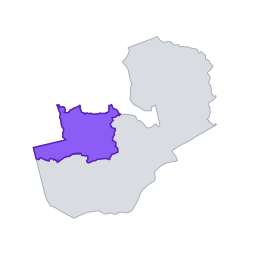 North-Western highlighted on a map of Zambia, rotated 347°
{"feature_id": "ZMB-521", "entity_name": "North-Western", "entity_type": "Province", "adm_level": 1, "iso_a3": "ZMB", "parent_name": "Zambia", "parent_adm1": "", "projection": "albers", "projection_center": [25.141, -12.794], "detail": "fine", "context": "in_parent", "style": "filled", "palette": "violet", "viewbox_px": 256, "rotation_deg": 347, "n_neighbors": 0, "source": "natural_earth", "source_scale": "10m", "svg_char_len": 9046}
<svg xmlns="http://www.w3.org/2000/svg" viewBox="0 0 256 256"><g transform="rotate(347 128 128)"><path d="M168.7,170.9L157.9,170.7L153.9,171.5L150.7,172.8L146.8,174.9L144.5,176.3L143.9,177.1L143.6,178.9L143.5,181.6L143.1,183.6L141.9,185.4L136.1,187.5L132.2,189.3L128.5,191.4L125.6,194.1L123.6,197.5L120.4,201.6L113.6,209.1L109.7,210.4L106.5,210.1L102.5,208.5L99.4,208.2L97.1,209.2L95.0,208.9L93.0,207.3L91.4,206.7L90.0,207.1L88.3,207.1L85.2,206.2L82.6,203.5L81.1,202.4L80.0,202.0L76.8,201.6L69.4,201.0L61.7,202.3L55.0,203.7L48.1,197.8L41.4,191.6L40.0,190.0L37.5,187.9L35.7,186.9L34.9,186.4L33.1,180.8L32.1,175.6L31.4,125.8L62.0,125.6L64.0,125.3L64.1,124.8L62.7,122.2L62.7,121.2L63.1,119.4L64.4,115.8L64.5,114.6L63.9,110.7L63.9,108.5L64.3,104.0L64.0,102.5L64.7,100.5L65.0,99.2L65.3,98.6L64.9,97.1L64.3,91.9L63.9,89.7L65.8,90.0L66.4,91.1L66.7,92.2L67.6,92.3L69.8,93.0L70.5,94.0L71.0,96.1L70.7,97.2L70.0,98.1L70.7,98.8L72.2,99.3L73.1,99.2L75.5,97.7L77.8,97.2L79.0,96.8L84.1,95.9L85.1,95.4L85.8,95.4L86.3,95.8L85.8,97.3L85.7,98.6L86.3,101.1L86.8,102.3L87.8,103.1L88.6,103.6L89.5,104.5L91.2,104.3L95.1,105.6L96.3,106.2L97.9,106.8L99.1,107.0L103.1,107.5L107.3,108.2L109.5,108.3L111.1,108.1L112.2,107.8L112.9,107.4L113.2,107.0L114.8,102.3L115.6,101.9L116.7,101.7L117.3,102.1L117.9,105.1L121.0,107.9L122.0,110.1L122.7,112.1L123.4,112.6L124.6,113.3L126.4,113.6L128.1,113.7L136.3,117.1L137.2,117.7L138.2,119.5L138.7,121.5L139.4,123.1L140.4,123.4L141.4,123.5L142.3,124.6L143.0,125.6L145.4,129.6L145.7,131.1L146.8,132.2L148.4,132.6L149.9,132.7L150.8,132.3L152.9,131.5L154.5,130.6L155.7,130.3L156.4,130.5L157.0,131.2L157.3,133.1L158.4,133.8L159.3,133.6L159.6,132.8L159.7,132.4L160.0,111.9L159.3,112.1L158.3,112.6L156.1,112.7L155.3,113.1L155.0,113.7L155.1,114.6L155.2,115.7L154.8,116.3L153.9,116.5L152.5,116.0L150.0,115.4L147.9,115.0L146.5,113.4L144.5,111.1L143.1,109.9L140.0,107.5L139.4,107.0L138.5,105.8L137.7,103.9L136.9,101.7L136.5,100.2L137.3,98.1L139.2,91.0L139.7,88.8L141.3,86.6L141.4,84.6L140.8,82.0L141.0,80.6L141.3,72.5L141.0,69.9L139.9,67.1L137.6,63.1L137.7,62.2L141.3,59.7L142.4,58.8L144.3,56.7L145.6,54.9L146.4,53.5L146.7,51.7L146.1,49.9L147.4,49.6L177.2,45.6L177.6,46.8L178.5,48.8L179.5,50.3L180.7,51.6L181.8,52.5L182.5,52.7L187.1,52.7L188.7,53.6L190.1,54.6L190.4,56.2L191.3,57.2L192.3,57.9L192.8,58.0L193.5,57.9L194.7,57.9L195.9,58.3L196.4,58.6L196.4,59.9L196.7,60.5L198.3,60.8L199.9,60.9L201.4,61.8L203.0,62.0L204.9,62.4L205.8,63.4L207.7,64.4L210.2,65.4L212.9,66.9L212.9,67.4L213.3,68.2L213.8,68.8L213.8,69.7L214.0,70.6L214.7,70.8L215.3,70.9L215.8,70.3L216.6,70.3L217.3,70.7L217.6,71.7L218.2,73.0L219.1,73.9L219.8,74.8L219.5,76.3L219.0,77.7L220.4,79.2L222.1,80.5L222.5,81.1L222.6,83.1L222.9,83.8L224.0,85.5L224.6,86.6L224.5,87.2L221.2,90.3L219.2,90.8L218.3,91.4L217.8,92.1L218.9,95.4L219.6,96.6L219.0,98.1L217.6,100.7L217.0,100.9L216.8,102.9L217.2,103.6L217.8,104.2L218.0,105.5L217.9,108.9L217.0,112.6L218.3,116.0L218.8,116.3L220.8,116.4L221.1,116.7L220.6,117.6L219.2,119.1L216.6,120.1L212.9,121.2L212.1,122.4L211.6,124.1L211.9,125.2L212.4,125.8L212.2,127.3L211.8,128.9L211.9,130.1L211.7,131.2L211.2,131.8L210.5,133.4L209.7,135.1L209.1,135.8L208.1,136.6L206.7,137.2L206.7,137.6L208.3,138.4L208.7,138.9L208.8,139.3L208.1,140.2L208.9,140.7L209.8,141.2L210.6,142.3L211.5,144.4L211.7,144.7L212.0,144.7L212.5,144.5L213.6,143.7L214.3,143.4L215.1,144.6L199.8,149.4L196.2,150.4L190.9,152.1L189.1,152.7L187.7,153.4L173.5,157.1L171.3,157.9L166.3,159.8L166.1,160.2L166.1,161.1L166.5,163.1L167.4,164.9L168.1,165.9L168.5,168.6L168.7,170.9Z" fill="#d9dde1" stroke="#a8b0b8" stroke-width="1"/><path d="M31.6,137.5L31.4,125.8L64.6,125.6L64.4,124.9L64.1,124.4L63.8,123.9L62.9,123.0L62.5,122.5L62.4,122.0L62.5,121.3L62.8,120.6L63.4,118.1L63.6,117.7L64.9,115.7L65.0,115.4L65.1,115.2L64.9,114.4L64.8,113.4L64.7,112.9L64.2,112.5L63.9,112.0L63.8,111.2L64.0,106.7L64.3,105.9L64.4,105.7L64.3,105.3L64.2,104.0L63.8,103.0L63.8,102.6L63.8,102.2L64.1,101.5L64.6,100.8L64.7,100.6L64.6,100.0L64.7,99.6L64.8,99.3L65.4,98.9L65.5,98.7L64.8,96.8L64.7,96.4L64.7,94.0L64.4,94.0L64.3,93.7L64.4,93.1L64.4,92.1L64.5,91.5L64.5,91.3L64.1,90.8L64.0,90.5L63.9,89.7L64.5,89.7L65.3,89.8L66.0,90.1L66.3,90.4L66.2,91.1L66.4,91.8L66.4,92.3L66.5,92.5L67.2,92.4L67.5,92.4L68.4,92.6L69.3,92.6L69.7,92.8L70.2,93.1L70.6,93.5L70.8,93.8L70.7,94.0L70.5,94.3L70.5,94.6L70.6,94.8L70.9,95.2L71.0,95.5L71.1,95.8L71.0,96.5L70.3,97.6L70.1,97.8L69.4,98.0L69.2,98.2L69.3,98.5L69.6,98.7L70.6,98.7L71.0,98.9L71.5,99.4L71.9,99.6L72.3,99.6L72.6,99.6L73.3,99.3L73.8,99.3L73.9,99.1L74.1,98.8L74.3,98.5L75.0,98.3L75.6,97.5L76.3,97.3L77.5,97.3L78.2,97.1L79.4,96.5L80.1,96.3L80.7,96.4L83.1,96.1L84.1,95.9L85.6,95.1L86.1,95.1L86.3,95.2L86.4,96.6L85.7,97.0L86.1,97.4L85.9,97.7L85.6,98.0L85.6,98.5L85.8,98.8L86.2,99.7L86.2,99.9L86.0,100.2L85.9,100.3L86.0,100.8L86.4,102.2L86.7,102.6L86.8,102.7L87.4,102.7L87.7,103.1L88.7,103.6L89.0,103.8L89.0,104.1L88.8,104.5L88.9,104.8L89.2,104.9L89.5,104.9L89.9,104.6L90.3,104.5L90.4,104.1L90.5,104.0L91.3,104.1L91.8,104.4L92.4,104.9L93.0,105.3L93.3,105.3L94.2,105.3L94.4,105.3L94.9,105.1L95.1,105.2L96.1,106.0L96.4,106.2L96.7,106.4L96.9,106.9L97.2,107.0L100.3,107.0L100.6,107.2L101.3,107.5L101.9,107.5L102.2,107.7L102.4,107.7L103.1,107.3L103.7,107.2L104.3,107.2L104.7,107.3L105.6,108.0L106.2,108.2L107.5,108.3L108.1,108.5L108.7,108.9L109.0,109.0L109.3,108.9L109.6,108.7L109.8,108.4L110.0,108.2L111.2,108.3L111.9,108.1L112.6,107.8L113.1,107.2L113.5,106.6L113.5,105.2L113.7,104.5L114.4,103.7L114.4,103.2L114.2,102.5L114.2,102.2L114.4,101.9L115.1,102.0L115.7,101.8L116.4,101.7L117.0,101.5L117.3,101.9L117.5,102.7L117.5,103.5L117.5,104.1L117.9,105.6L120.9,107.5L121.7,108.8L121.8,109.5L122.5,111.8L122.8,112.2L123.7,112.9L122.9,113.4L122.6,113.6L122.4,113.9L122.1,113.8L121.6,113.7L121.6,113.4L121.0,112.9L120.8,113.0L120.2,113.4L119.9,113.5L119.5,113.9L119.0,114.2L118.7,114.5L116.4,114.4L115.8,114.5L114.8,114.4L115.0,115.3L115.0,115.8L114.9,116.2L114.8,116.5L115.0,117.2L115.2,117.4L115.0,117.5L114.4,117.7L114.1,117.8L113.0,119.2L112.7,119.3L112.3,119.4L112.0,119.5L111.7,119.9L111.5,120.8L111.4,121.2L111.4,121.3L111.7,121.6L111.8,121.9L112.3,122.4L112.4,122.5L112.3,122.8L111.9,123.5L112.0,123.8L112.4,124.1L112.7,124.4L113.2,124.5L113.5,124.7L113.9,124.8L114.0,124.9L114.2,125.1L114.4,125.3L114.5,125.5L115.2,125.5L115.4,125.6L115.0,127.6L114.9,127.8L114.6,128.2L113.5,128.8L113.3,129.2L113.2,129.7L113.3,130.0L113.4,130.4L113.5,130.8L113.4,131.2L113.0,131.8L112.7,132.0L112.3,132.6L111.5,133.0L111.4,133.2L111.2,134.2L110.7,134.6L110.4,135.3L110.3,136.4L110.5,137.0L110.8,137.3L111.6,137.8L111.9,138.2L112.1,138.6L112.2,138.9L112.9,139.3L113.0,139.4L113.0,139.7L112.5,140.6L112.3,140.9L112.3,141.4L112.2,142.6L112.0,142.8L111.5,143.0L111.4,143.1L111.5,143.2L112.1,143.6L112.3,143.7L113.1,144.8L113.4,145.3L113.4,145.7L113.4,146.0L112.9,146.7L113.0,148.8L112.9,149.0L112.5,149.4L110.5,149.4L110.3,149.5L109.7,149.9L109.4,150.0L108.0,149.9L107.9,149.9L107.7,150.1L107.4,150.1L107.0,149.9L106.7,149.9L106.4,150.0L106.1,150.3L105.4,151.4L104.3,152.2L103.7,153.0L103.5,153.3L103.4,154.2L102.8,154.4L102.6,154.5L102.5,154.4L102.2,154.0L101.4,153.6L101.0,153.6L100.6,153.4L100.2,152.8L91.2,151.7L90.6,151.8L90.0,152.2L89.6,152.2L88.9,152.5L88.3,152.5L88.0,152.3L87.5,152.2L86.2,152.1L85.6,152.3L84.9,152.5L84.1,152.8L83.5,152.9L82.6,152.9L81.8,153.1L81.5,153.0L81.1,152.8L80.5,152.0L80.4,151.7L80.5,151.1L80.4,150.5L80.6,150.3L81.5,149.8L81.9,149.5L81.9,148.6L82.0,148.2L82.4,147.6L82.5,147.2L82.5,146.5L82.4,146.3L82.1,146.0L82.0,145.9L81.3,146.0L81.2,146.0L79.0,145.0L77.9,144.7L76.9,144.4L76.6,143.8L76.6,143.1L76.4,142.6L75.6,141.7L75.4,141.7L75.1,141.8L75.0,142.0L74.9,142.3L74.7,142.3L74.8,141.8L74.4,141.7L74.4,142.1L73.9,142.1L73.7,142.1L73.5,141.8L73.2,141.5L72.7,141.0L72.3,141.2L72.3,141.3L72.4,141.5L71.8,141.6L71.6,141.7L71.3,141.5L71.1,141.6L70.9,141.7L70.2,141.4L70.1,141.0L69.9,140.8L69.8,140.6L69.6,140.6L69.4,140.9L69.4,141.0L69.6,141.2L69.6,141.3L69.2,141.3L68.5,140.8L68.3,140.8L67.9,141.0L67.7,141.2L67.2,141.2L67.0,141.5L66.8,141.6L66.5,141.6L66.3,141.5L66.1,141.5L65.9,142.0L65.7,142.0L65.5,141.8L65.0,142.3L64.6,142.4L64.4,142.4L63.8,142.2L63.2,142.4L62.6,142.2L62.3,142.2L62.1,142.2L62.0,141.7L61.8,141.8L61.4,142.1L60.9,142.3L60.3,142.6L60.0,142.5L59.8,142.4L59.5,142.3L59.3,142.3L58.7,142.6L58.0,142.8L57.2,143.4L55.5,143.9L55.0,144.1L54.4,144.7L54.2,144.8L53.6,144.7L53.3,144.8L52.9,145.2L52.7,145.3L52.0,145.3L52.1,145.0L52.0,144.8L51.3,145.1L51.4,144.7L52.1,143.7L51.9,143.7L50.6,143.6L50.4,143.5L50.3,143.4L50.1,143.1L50.0,142.4L49.7,142.1L49.3,142.1L48.8,142.3L48.5,142.4L48.3,142.4L48.2,142.2L48.1,141.8L47.7,141.4L46.3,140.5L45.9,140.3L45.7,140.3L45.1,140.8L44.2,140.9L44.1,141.1L43.9,142.2L43.8,142.3L43.6,142.4L43.4,142.3L42.9,142.0L42.3,141.9L42.1,141.5L41.9,141.3L41.7,141.3L41.5,141.1L40.8,141.0L40.4,140.8L40.1,140.3L39.0,139.6L36.6,137.6L36.0,137.3L35.7,137.2L35.5,137.3L35.4,137.4L35.2,137.7L34.9,138.0L34.7,138.3L34.2,138.6L33.9,138.6L33.3,138.6L32.4,137.8L31.9,137.6L31.6,137.5Z" fill="#8b5cf6" stroke="#5b21b6" stroke-width="1.5"/></g></svg>